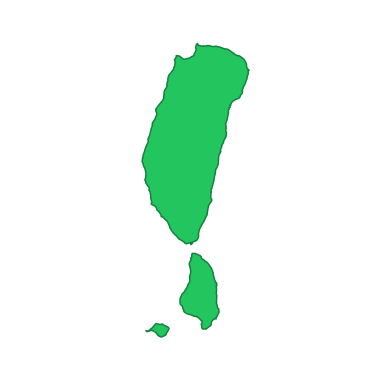 Nguna, Shefa, Vanuatu, rotated 46°
{"feature_id": "77236927B53678457839449", "entity_name": "Nguna", "entity_type": "district", "adm_level": 2, "iso_a3": "VUT", "parent_name": "Vanuatu", "parent_adm1": "Shefa", "projection": "orthographic", "projection_center": [168.363, -17.466], "detail": "fine", "context": "isolated", "style": "filled", "palette": "green", "viewbox_px": 384, "rotation_deg": 46, "n_neighbors": 0, "source": "geoboundaries", "source_scale": "gbopen_adm2", "svg_char_len": 5987}
<svg xmlns="http://www.w3.org/2000/svg" viewBox="0 0 384 384"><g transform="rotate(46 192 192)"><path d="M92.7,129.2L94.4,131.4L94.8,131.6L95.4,132.4L95.7,133.3L96.3,134.0L96.8,135.1L97.7,135.9L98.2,136.1L98.7,136.8L99.2,138.0L99.6,140.3L100.3,142.0L103.5,145.8L104.2,146.4L105.2,148.0L105.8,150.0L106.3,154.7L107.0,159.0L107.3,159.8L107.3,160.7L107.6,161.0L108.3,161.3L108.9,161.9L110.3,162.3L110.6,162.6L111.2,162.9L111.8,163.6L113.8,168.1L114.3,170.4L115.0,172.8L115.8,173.7L116.5,174.1L117.6,176.3L118.3,177.7L121.5,182.5L122.9,185.7L123.2,186.8L125.6,188.7L126.9,192.1L128.2,195.3L129.4,197.2L131.1,200.6L133.7,204.6L135.6,206.8L137.6,207.5L139.1,208.5L142.5,209.6L145.2,211.2L147.0,212.5L149.3,215.2L150.6,217.5L151.0,217.7L152.0,217.8L153.1,218.8L155.0,219.2L155.5,219.4L156.9,219.5L159.4,219.9L160.9,221.8L162.6,222.0L163.1,222.3L166.6,224.7L167.7,225.9L171.7,228.2L171.8,228.9L172.2,229.6L173.2,229.6L174.0,229.4L174.9,228.9L176.6,228.4L178.4,228.6L180.6,229.7L182.6,229.4L186.4,230.1L187.5,230.5L188.2,231.2L188.5,231.2L189.0,230.9L189.3,230.5L190.0,230.4L196.3,230.2L199.4,231.4L200.9,231.7L201.3,232.3L202.7,232.9L204.1,233.0L204.8,233.2L205.3,233.6L206.6,233.6L208.0,233.9L210.1,233.7L211.5,234.0L212.0,233.7L212.9,233.7L216.5,234.1L217.7,233.6L219.6,233.2L221.8,232.6L223.3,232.5L223.8,232.6L224.5,232.4L225.5,231.7L226.6,229.5L227.2,228.7L227.7,227.6L228.1,227.5L228.4,229.0L228.7,229.3L228.9,229.3L229.2,228.8L229.1,227.3L228.6,226.2L228.6,225.8L228.9,225.1L229.9,223.1L230.0,221.8L229.5,219.9L228.8,218.5L227.5,217.1L226.7,216.6L224.9,214.0L223.6,211.4L222.7,208.5L222.3,207.5L221.1,202.8L220.0,200.5L219.1,197.5L218.2,196.0L217.2,195.2L216.5,193.9L215.2,192.3L214.0,190.4L213.5,189.9L212.9,188.3L212.3,185.0L211.9,183.8L211.3,183.2L210.7,182.8L209.4,182.6L209.2,182.5L207.6,181.0L207.0,180.1L206.0,179.2L205.5,178.1L205.1,177.8L204.6,177.7L204.0,177.3L203.1,175.1L202.5,174.3L199.5,169.2L196.3,164.8L194.8,162.3L192.6,159.8L192.2,159.2L192.2,158.4L192.0,158.0L190.3,154.0L189.6,153.1L187.3,150.7L185.4,148.6L184.3,147.1L183.0,143.3L182.7,143.0L181.8,142.8L180.5,140.2L180.0,138.9L179.6,138.6L179.2,138.1L178.3,135.1L177.5,133.9L176.7,132.3L176.1,129.5L175.8,129.4L175.5,129.1L175.4,128.4L175.1,127.9L174.5,127.5L173.5,126.1L172.7,125.9L171.6,125.0L171.0,124.9L170.5,124.4L169.9,123.1L169.2,123.0L168.8,122.1L167.8,121.5L167.3,121.0L166.7,120.9L166.3,120.5L165.9,119.5L165.3,118.8L165.1,118.2L164.7,117.4L164.6,116.9L163.9,115.6L163.0,114.8L162.6,113.9L160.4,110.8L158.3,108.8L158.2,107.4L157.5,107.0L157.4,106.8L157.4,106.2L157.5,106.0L157.5,105.6L156.5,105.1L156.5,103.7L156.3,103.6L155.7,103.7L155.1,100.4L155.2,98.5L155.9,95.8L156.7,94.3L157.1,93.2L157.1,92.0L156.8,91.1L156.1,90.1L155.8,87.4L155.6,86.9L155.0,86.2L153.7,84.9L152.2,82.3L151.5,79.6L148.9,74.3L148.5,73.5L147.1,71.8L146.4,70.0L145.5,68.9L144.0,67.7L143.9,67.4L144.1,67.2L144.1,66.5L144.0,66.3L143.2,66.3L142.8,66.6L140.9,66.2L139.4,65.4L138.4,64.4L135.9,63.1L132.5,62.4L127.6,63.2L126.5,63.7L125.7,64.4L124.7,65.0L123.9,65.3L119.9,65.9L118.5,66.3L117.4,66.3L114.7,67.0L113.6,67.5L111.6,69.2L107.1,71.3L105.6,72.4L104.7,72.8L103.6,73.7L103.4,74.3L103.0,74.6L102.2,75.8L101.2,76.4L100.2,77.2L98.9,77.7L97.1,79.6L96.0,81.4L95.2,82.1L94.6,82.4L94.7,83.0L93.8,83.8L90.6,85.6L90.4,85.6L90.0,85.1L89.0,85.2L88.9,85.5L89.3,87.0L90.1,88.2L91.3,89.5L92.2,89.8L92.7,90.4L93.0,91.3L93.6,92.1L94.0,94.0L94.8,95.6L95.2,96.2L95.2,96.6L94.5,97.5L94.1,99.9L93.3,101.9L92.7,102.5L91.9,104.2L91.0,105.5L89.8,106.1L87.1,106.3L85.0,106.9L83.0,108.5L83.2,108.9L83.8,109.3L84.0,109.6L84.6,112.6L84.8,112.8L85.8,113.0L86.2,113.5L86.8,113.9L89.2,116.7L89.8,118.6L90.7,119.6L91.2,121.5L91.3,123.0L91.6,124.0L91.8,127.3L92.3,128.0L92.7,129.2ZM264.2,278.3L266.2,278.5L267.1,278.2L267.8,278.3L268.8,279.3L269.8,279.7L271.0,279.8L271.5,280.4L272.2,280.8L273.3,280.9L274.0,280.5L275.4,280.4L277.9,279.2L279.7,278.0L282.3,277.1L284.0,275.9L284.6,275.1L285.6,275.2L286.3,274.8L287.8,274.6L290.9,274.7L291.3,274.4L291.5,274.3L292.2,274.5L292.8,275.4L293.3,276.0L293.7,277.4L295.2,277.9L296.2,279.0L296.9,279.4L297.8,279.5L298.3,279.2L299.1,278.0L300.1,277.5L300.4,276.7L300.6,274.0L300.9,272.9L301.0,271.2L300.9,270.7L300.3,269.8L299.1,268.4L298.7,267.4L298.6,265.3L298.8,264.7L298.9,263.6L299.1,263.2L300.0,263.0L300.0,262.9L299.1,261.6L298.9,261.5L298.9,260.7L298.2,258.6L297.9,258.4L297.4,256.3L297.1,255.8L295.2,254.5L294.6,254.0L292.7,253.9L291.2,252.7L289.6,252.0L288.5,251.3L288.4,250.9L286.4,249.1L285.2,247.6L283.0,245.6L281.5,244.7L279.9,242.7L276.9,240.2L276.8,239.5L276.3,239.5L276.2,239.3L276.1,238.7L275.0,238.5L274.9,237.6L274.6,237.5L272.8,237.6L272.3,237.2L270.3,236.5L269.6,235.9L267.9,235.1L266.7,234.3L265.8,234.0L265.3,233.1L264.4,232.8L262.8,232.0L262.0,231.8L260.9,231.1L254.7,230.1L252.5,230.1L250.9,230.6L248.9,230.6L247.4,231.1L246.3,231.2L245.1,230.4L244.1,230.3L243.1,230.4L242.0,231.3L241.7,231.4L241.1,231.2L240.2,231.5L239.7,232.0L238.9,232.3L237.8,232.9L237.6,233.5L236.4,234.3L236.4,234.7L236.7,235.1L237.0,235.9L238.1,236.7L238.4,237.5L238.7,238.0L238.7,239.0L238.9,239.2L239.5,239.3L240.2,240.0L240.6,241.8L241.1,242.6L241.7,243.8L243.0,244.8L243.8,245.2L246.9,247.0L248.1,248.0L249.7,249.8L251.0,252.4L252.3,253.6L252.8,253.9L254.1,254.8L254.9,255.8L255.6,258.6L257.2,262.1L257.8,264.8L258.0,264.8L258.0,265.2L258.5,267.1L258.5,269.4L258.8,270.7L259.3,271.8L259.4,272.3L259.9,273.7L260.7,274.9L262.0,276.2L262.3,276.7L262.8,277.0L264.2,278.3ZM259.9,321.3L260.0,321.6L260.5,321.6L261.3,321.3L262.7,318.6L262.9,317.8L264.1,316.8L267.1,315.7L268.7,315.7L271.0,316.0L272.9,315.8L274.3,315.3L275.0,314.8L275.5,314.0L275.5,313.1L275.9,312.8L276.1,312.3L276.2,311.2L276.5,310.7L276.6,309.8L276.4,309.1L275.7,308.5L275.6,307.4L275.4,306.3L274.2,303.3L273.6,303.1L272.0,303.2L268.0,304.8L266.5,304.9L265.7,306.2L265.2,306.8L264.0,307.8L262.2,308.9L261.7,309.4L261.6,310.2L262.1,315.2L261.8,317.1L261.9,317.8L261.7,319.5L261.2,320.6L259.9,321.3Z" fill="#22c55e" stroke="#15803d" stroke-width="1.5"/></g></svg>